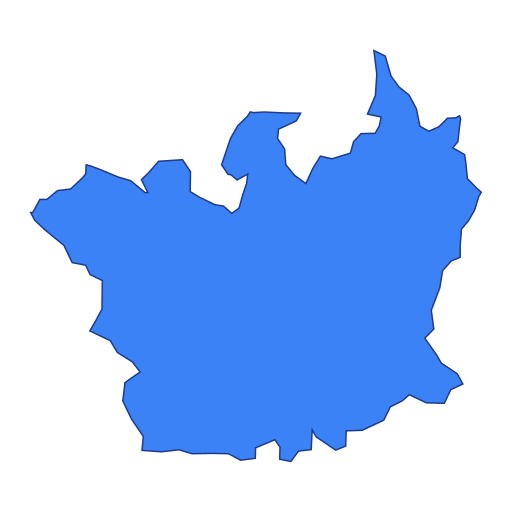 outline of Simou, Paphos, Cyprus
{"feature_id": "46923920B76634226633631", "entity_name": "Simou", "entity_type": "district", "adm_level": 2, "iso_a3": "CYP", "parent_name": "Cyprus", "parent_adm1": "Paphos", "projection": "natural_earth1", "projection_center": [32.5, 34.948], "detail": "fine", "context": "isolated", "style": "filled", "palette": "blue", "viewbox_px": 512, "rotation_deg": 0, "n_neighbors": 0, "source": "geoboundaries", "source_scale": "gbopen_adm2", "svg_char_len": 1882}
<svg xmlns="http://www.w3.org/2000/svg" viewBox="0 0 512 512"><path d="M250.2,111.9L247.4,116.3L237.7,125.8L230.5,138.4L221.6,164.8L228.1,174.4L230.8,174.7L237.2,179.9L247.7,174.1L246.6,183.4L242.6,195.1L239.1,208.0L231.8,213.4L223.5,206.1L214.9,204.7L199.6,197.3L190.2,191.6L190.5,171.7L182.5,159.7L158.6,161.3L148.1,173.3L141.4,179.6L147.8,192.4L145.2,192.7L130.7,180.7L117.8,176.9L100.1,169.5L91.2,166.2L86.2,164.8L85.7,174.0L81.8,178.5L70.6,189.0L57.5,190.6L46.9,199.4L39.9,199.4L32.8,212.4L30.7,212.5L34.7,220.2L44.0,229.0L54.6,237.8L63.9,245.3L72.2,262.6L85.6,265.2L90.1,274.6L102.3,280.5L102.0,309.1L95.3,321.5L89.8,330.9L110.3,340.7L117.3,352.4L132.4,361.9L140.1,372.0L131.7,377.8L125.0,382.7L122.8,400.9L131.4,418.9L143.3,436.4L142.0,450.4L161.8,451.8L163.8,451.5L179.1,449.8L191.9,453.7L212.4,453.4L228.4,453.7L240.6,460.2L255.3,458.3L255.6,447.8L274.9,439.7L280.0,447.2L279.7,459.2L290.9,461.5L298.5,451.1L311.2,449.6L312.2,429.8L316.2,436.9L335.7,450.1L345.7,446.1L346.2,430.8L362.2,430.3L383.8,420.1L390.3,406.9L402.3,400.8L409.3,394.7L426.3,402.8L444.3,403.3L444.4,403.1L450.8,389.6L462.8,384.0L457.3,373.8L441.3,363.1L436.3,354.5L424.8,338.2L433.8,329.0L431.3,310.2L439.8,287.8L442.6,270.7L451.3,260.9L460.2,257.3L460.2,245.3L461.5,229.0L468.2,221.2L474.6,210.1L478.8,196.5L481.3,192.2L476.8,188.3L467.4,178.7L465.8,162.6L464.6,154.6L452.7,147.8L457.9,141.7L459.5,126.9L460.6,118.8L459.5,115.8L455.7,117.9L447.5,118.2L438.8,126.8L428.9,131.2L419.9,126.2L416.4,108.8L409.1,95.1L398.9,86.9L391.1,76.2L385.3,56.1L373.9,50.5L376.8,74.1L375.4,95.4L367.5,114.1L381.2,117.0L379.2,126.2L375.1,133.3L361.1,133.6L353.6,141.6L350.4,153.1L332.0,158.8L320.4,156.1L312.5,169.1L305.9,183.6L294.5,175.3L285.8,164.7L284.6,149.0L277.6,138.6L278.5,129.2L296.3,120.9L300.6,113.2L283.5,112.9L264.3,112.0L253.5,112.6L250.2,111.9Z" fill="#3b82f6" stroke="#1e3a8a" stroke-width="1.5"/></svg>